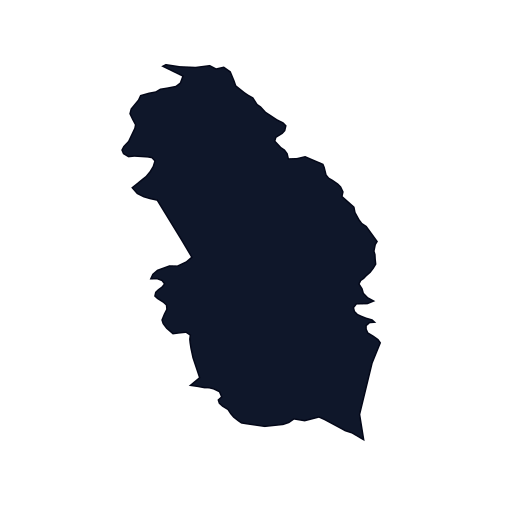 São Mamede, Paraíba, Brazil (Mercator projection), rotated 205°
{"feature_id": "56859067B24590178587269", "entity_name": "São Mamede", "entity_type": "district", "adm_level": 2, "iso_a3": "BRA", "parent_name": "Brazil", "parent_adm1": "Paraíba", "projection": "mercator", "projection_center": [-37.075, -6.928], "detail": "fine", "context": "isolated", "style": "filled", "palette": "ink", "viewbox_px": 512, "rotation_deg": 205, "n_neighbors": 0, "source": "geoboundaries", "source_scale": "gbopen_adm2", "svg_char_len": 2216}
<svg xmlns="http://www.w3.org/2000/svg" viewBox="0 0 512 512"><g transform="rotate(205 256 256)"><path d="M80.8,135.0L95.2,156.2L105.6,208.1L106.7,229.8L110.0,231.7L115.7,232.8L122.2,233.5L125.3,236.2L126.8,239.4L125.0,243.6L120.6,246.1L123.8,247.1L130.0,246.1L135.5,245.8L139.4,245.8L143.4,247.3L145.9,250.4L144.8,255.1L135.0,259.9L130.4,264.9L137.2,265.3L143.0,267.5L146.1,271.1L150.9,274.1L150.8,278.1L149.0,281.2L147.9,284.5L145.7,289.5L144.6,294.6L144.1,299.2L146.8,303.7L148.8,307.5L151.2,310.2L152.8,316.8L152.4,320.3L168.6,329.3L173.9,330.1L178.0,332.3L184.7,337.2L187.9,341.6L203.3,346.2L204.3,350.8L208.5,354.3L212.3,355.7L218.6,356.8L223.1,357.2L226.8,359.0L231.7,365.1L234.1,367.3L246.4,366.9L253.4,366.7L260.0,361.5L267.7,357.6L271.0,361.8L275.0,364.0L279.4,364.7L287.6,368.0L288.2,372.0L284.1,378.3L283.0,381.8L284.0,386.6L287.6,388.0L294.7,388.2L308.2,390.2L314.9,393.0L319.1,393.7L325.7,397.9L331.2,398.3L335.5,399.0L346.3,401.6L350.1,405.5L357.2,412.0L365.0,413.4L371.2,408.6L378.4,408.9L390.4,401.3L405.1,395.2L418.5,391.3L420.6,388.6L398.2,388.2L397.6,380.8L400.2,375.8L407.5,370.5L413.1,366.7L416.1,362.3L421.7,358.3L428.3,352.6L428.3,347.7L431.2,336.5L430.3,331.7L425.3,327.6L420.6,324.1L419.7,320.5L419.8,306.0L422.0,299.4L422.2,295.4L419.3,292.8L413.5,292.2L408.5,295.2L396.0,300.1L391.8,301.2L387.7,299.5L386.9,293.7L387.5,287.8L389.1,281.6L391.1,277.7L394.7,270.2L397.0,265.6L390.0,262.5L382.7,262.3L376.2,263.3L369.1,264.9L330.0,239.0L313.6,227.8L316.6,221.2L322.9,213.6L330.2,210.4L339.2,201.4L341.7,195.8L341.7,190.9L335.9,193.7L330.8,194.1L327.0,192.1L328.0,188.1L330.2,184.1L331.5,180.7L330.7,177.0L327.3,175.9L320.2,175.0L316.4,173.8L314.2,170.0L314.4,164.7L314.1,158.3L311.5,155.5L306.4,152.8L298.4,150.5L293.4,153.7L287.2,157.4L282.1,156.6L280.8,152.6L279.1,149.7L275.9,144.9L270.1,137.2L255.6,121.9L260.7,111.1L253.4,113.3L247.1,114.9L242.9,116.8L238.3,117.7L231.7,117.6L227.5,113.8L229.3,109.6L227.0,107.1L222.8,105.8L216.5,105.1L212.3,102.5L208.2,100.6L202.2,99.2L198.6,98.6L194.0,99.9L176.1,105.3L160.3,114.8L155.9,119.0L152.8,124.4L142.3,127.3L130.9,136.7L124.8,136.8L105.1,135.7L101.4,135.4L94.2,136.3L80.8,135.0Z" fill="#0f172a" stroke="#020617" stroke-width="1.5"/></g></svg>